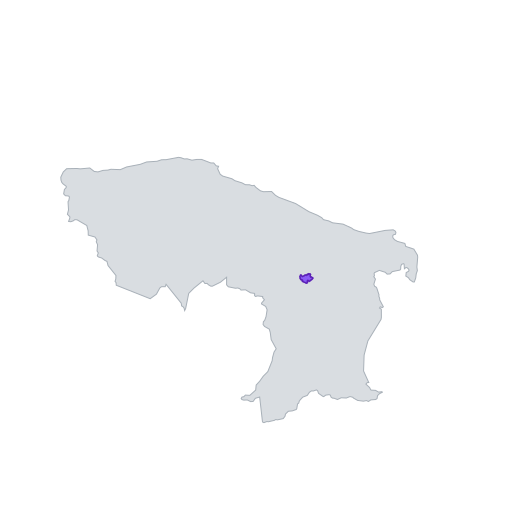 Picota, San Martín, Peru (highlighted), rotated 141°
{"feature_id": "86281439B32206092239911", "entity_name": "Picota", "entity_type": "district", "adm_level": 2, "iso_a3": "PER", "parent_name": "Peru", "parent_adm1": "San Martín", "projection": "mercator", "projection_center": [-76.326, -6.941], "detail": "fine", "context": "in_parent", "style": "filled", "palette": "violet", "viewbox_px": 512, "rotation_deg": 141, "n_neighbors": 0, "source": "geoboundaries", "source_scale": "gbopen_adm2", "svg_char_len": 6216}
<svg xmlns="http://www.w3.org/2000/svg" viewBox="0 0 512 512"><g transform="rotate(141 256 256)"><path d="M357.3,153.3L357.2,154.6L355.6,155.2L354.0,154.3L351.8,154.6L348.5,151.6L340.6,152.0L337.1,155.6L331.8,156.4L326.1,158.0L319.6,158.7L309.4,164.4L307.0,166.7L302.4,170.0L298.7,171.2L296.8,181.5L293.1,187.5L291.7,190.8L293.7,195.8L293.6,198.3L291.6,200.3L289.8,200.5L286.3,202.6L281.2,207.2L280.2,210.7L281.9,215.3L281.3,215.9L277.0,216.7L277.1,219.3L276.3,220.3L279.9,224.0L281.9,224.9L282.0,225.9L281.7,226.8L280.9,227.2L280.8,228.0L283.4,230.8L285.4,236.3L289.1,239.0L289.2,240.8L290.3,242.6L292.3,243.9L296.9,249.5L297.0,252.1L292.2,258.0L300.1,258.0L308.9,260.0L310.1,261.0L311.1,263.6L311.2,265.4L313.0,266.8L312.8,270.1L324.3,270.1L331.8,269.3L343.8,259.4L345.8,258.5L344.7,260.7L344.6,262.3L345.2,264.0L343.8,266.4L343.7,290.6L345.9,289.3L348.7,291.6L350.8,291.7L357.4,289.0L365.1,289.4L383.0,321.2L381.5,323.4L381.5,325.0L379.4,326.4L377.1,329.0L377.0,341.7L375.2,345.6L376.2,347.6L377.2,351.6L378.9,354.1L379.3,355.6L379.1,356.2L376.6,357.6L376.4,359.9L372.0,364.5L371.2,367.6L369.5,368.6L369.2,372.1L373.2,377.8L370.6,381.2L368.3,386.2L372.3,396.8L374.0,398.3L375.8,398.3L378.4,399.2L379.9,400.8L376.6,402.8L376.0,403.7L376.3,407.1L372.7,409.8L367.9,416.5L366.6,416.9L364.2,418.9L363.7,419.9L364.1,420.8L366.2,422.8L366.4,425.3L363.0,428.3L360.5,428.6L359.6,429.5L360.6,433.6L360.6,435.5L359.8,437.7L358.1,440.1L352.9,442.6L348.2,443.0L340.2,436.8L337.7,434.3L329.8,429.0L328.5,423.5L325.9,420.8L321.0,418.8L317.1,416.0L314.2,414.7L307.1,408.5L300.5,406.6L288.3,400.1L281.8,397.9L273.3,391.9L268.8,390.2L265.2,387.4L254.1,381.4L252.4,379.5L250.7,376.6L248.3,374.8L245.5,370.8L241.4,368.4L237.5,365.3L232.6,356.8L230.3,354.9L230.2,351.1L228.6,349.3L230.9,348.0L232.4,342.1L231.6,339.1L226.1,331.2L225.0,327.8L220.9,321.7L219.4,318.1L216.2,315.4L214.8,313.1L213.0,312.1L212.9,309.3L211.6,304.0L209.8,301.3L203.3,296.3L202.7,290.9L201.3,287.1L192.2,271.8L187.0,257.2L182.6,249.0L180.8,244.4L180.7,241.8L177.4,237.5L175.6,233.6L168.3,226.0L164.1,217.5L163.5,215.1L160.6,210.4L155.9,204.4L153.6,202.0L139.5,194.6L132.9,190.0L132.1,187.7L132.4,186.3L133.9,185.1L135.9,186.0L137.1,185.6L138.1,184.0L138.1,181.5L136.9,178.3L132.4,172.1L133.6,169.2L129.0,162.0L130.0,155.0L131.1,153.3L137.9,146.2L139.8,143.1L142.7,141.3L145.7,138.4L149.3,136.2L150.3,137.0L151.4,140.8L151.2,143.3L152.2,146.1L149.7,148.6L147.0,148.1L146.0,148.7L145.6,149.9L146.0,151.9L146.7,152.7L148.7,152.7L146.0,156.5L146.2,157.2L148.1,157.9L149.9,156.9L151.8,154.8L153.0,154.5L159.9,158.1L163.1,157.7L165.5,159.4L165.8,162.0L169.2,167.2L174.4,168.5L175.2,168.1L176.4,166.1L177.5,165.8L177.7,162.9L182.2,159.9L182.9,157.8L182.2,156.3L182.3,155.1L184.9,148.3L185.8,147.6L186.5,145.4L187.5,144.0L189.0,136.4L190.3,136.4L191.4,138.3L192.8,137.8L192.1,136.1L192.3,135.5L197.2,129.4L198.8,128.0L222.5,119.6L234.3,111.0L244.8,98.9L248.0,86.7L249.2,87.6L251.2,87.3L250.5,82.3L251.0,80.0L250.9,79.3L247.7,76.4L246.4,73.1L243.5,71.3L243.6,70.6L246.7,71.3L249.4,71.0L251.7,69.0L253.4,69.2L257.3,71.9L260.2,72.2L261.1,74.1L263.9,75.6L267.9,79.8L269.7,84.4L269.6,85.2L271.4,87.6L275.2,88.8L279.0,92.2L283.0,93.2L284.8,96.3L285.9,97.3L286.5,99.0L285.8,101.1L286.4,102.2L289.4,104.0L291.9,104.1L292.4,104.9L293.8,109.9L292.9,112.5L293.3,113.9L296.6,115.1L297.6,116.2L300.2,116.5L303.9,115.4L308.5,116.9L312.1,116.4L313.7,116.0L315.4,114.8L316.8,114.9L320.4,111.7L321.4,111.4L325.3,112.8L328.6,115.0L332.6,114.6L334.3,113.2L337.2,112.5L342.5,115.2L343.6,116.5L345.1,116.7L350.7,119.4L351.7,120.5L354.7,121.5L355.3,122.4L355.1,123.4L341.9,144.1L346.0,145.8L349.8,144.8L351.8,146.2L353.3,149.5L356.3,151.8L357.3,153.3Z" fill="#d9dde1" stroke="#a8b0b8" stroke-width="1"/><path d="M233.3,213.2L233.5,213.0L233.8,212.9L234.0,212.8L234.2,212.7L234.4,212.7L234.5,212.6L234.8,212.4L235.0,212.3L235.0,212.2L235.1,211.8L235.2,211.5L235.3,211.4L235.5,211.4L235.7,211.2L235.8,211.0L235.8,210.9L235.9,210.7L235.8,210.4L235.9,210.2L235.9,209.9L236.0,209.7L236.0,209.3L236.0,209.2L235.9,209.0L235.8,208.9L235.7,208.9L235.5,209.0L235.4,208.9L235.3,208.7L235.2,208.4L235.2,208.2L235.1,207.9L235.1,207.7L235.4,207.5L235.5,207.5L235.6,207.4L235.8,207.4L235.8,207.2L235.9,206.9L235.8,206.7L235.7,206.6L235.5,206.4L235.4,206.3L235.4,206.1L235.2,205.6L235.1,205.3L235.1,205.2L234.9,205.1L234.7,204.9L234.4,204.3L234.3,204.1L234.2,203.8L234.1,203.6L234.2,203.4L233.7,203.0L233.6,202.9L233.4,202.9L233.2,202.9L233.2,203.0L232.9,203.1L232.7,203.1L232.4,203.2L232.3,203.3L232.2,203.5L232.1,203.8L232.2,204.0L231.9,204.3L231.7,204.4L231.3,204.3L231.2,204.4L231.0,204.5L230.9,204.4L230.8,203.8L230.7,203.7L230.6,202.8L230.4,202.8L230.2,202.7L229.9,202.7L229.7,202.6L229.4,202.6L229.1,202.8L229.0,202.7L228.8,202.6L228.7,202.6L228.3,202.6L228.1,202.7L227.9,202.8L227.8,202.7L227.6,202.6L227.4,202.6L227.1,202.6L226.9,202.6L226.7,202.8L226.4,202.9L226.2,202.8L225.8,202.9L225.7,202.9L225.6,203.1L225.6,203.3L225.6,203.5L225.8,203.7L225.8,203.8L225.9,204.0L226.0,204.1L226.1,204.9L226.3,205.0L226.5,205.2L226.7,205.3L226.8,205.3L226.8,205.5L226.7,205.5L226.6,205.9L226.6,206.0L226.4,206.4L226.2,206.6L225.9,206.8L225.9,207.0L225.7,207.2L225.6,207.3L225.4,207.3L225.3,207.5L225.2,207.5L225.2,207.8L225.3,207.9L225.3,208.0L225.2,208.0L225.2,207.9L225.2,208.0L225.3,208.0L225.5,208.1L225.5,208.3L225.6,208.5L225.8,208.6L226.0,208.5L226.0,208.4L226.0,208.5L226.1,208.8L226.2,209.0L226.2,208.9L226.4,208.8L226.4,209.0L226.5,209.0L226.5,208.9L226.4,208.9L226.5,208.9L226.7,209.0L226.8,209.0L226.8,208.9L226.8,209.0L226.8,209.3L227.0,209.3L227.1,209.2L227.3,209.2L227.5,209.3L227.7,209.1L227.8,209.1L227.7,209.2L227.8,209.4L227.8,209.5L228.0,209.5L228.0,209.4L228.3,209.4L228.5,209.4L228.8,209.5L229.0,209.7L229.1,209.8L229.1,209.7L229.3,209.8L229.5,209.9L229.6,210.0L229.7,210.3L229.8,210.3L230.0,210.3L230.1,210.2L230.4,210.3L230.5,210.3L230.9,210.4L231.0,210.3L231.3,210.5L231.5,210.5L231.8,210.6L232.1,210.6L232.3,210.6L232.6,210.7L232.8,210.8L232.8,211.0L233.0,211.1L233.0,211.4L232.9,211.4L232.9,211.5L232.9,211.8L233.0,212.0L232.9,212.2L232.9,212.4L232.9,212.5L233.0,212.6L232.9,212.8L232.9,213.0L233.0,213.1L233.3,213.2Z" fill="#8b5cf6" stroke="#5b21b6" stroke-width="1.5"/></g></svg>